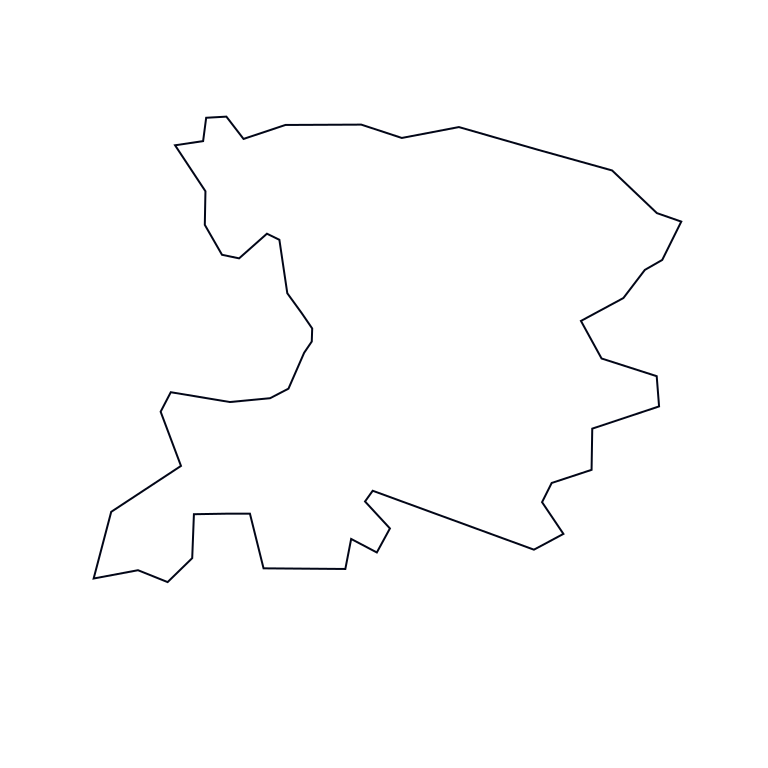 Andijan, Andijon, Uzbekistan, rotated 17°
{"feature_id": "79887680B74226906580742", "entity_name": "Andijan", "entity_type": "district", "adm_level": 2, "iso_a3": "UZB", "parent_name": "Uzbekistan", "parent_adm1": "Andijon", "projection": "robinson", "projection_center": [72.393, 40.799], "detail": "fine", "context": "isolated", "style": "outline", "palette": "ink", "viewbox_px": 768, "rotation_deg": 17, "n_neighbors": 0, "source": "geoboundaries", "source_scale": "gbopen_adm2", "svg_char_len": 873}
<svg xmlns="http://www.w3.org/2000/svg" viewBox="0 0 768 768"><g transform="rotate(17 384 384)"><path d="M620.8,141.8L595.0,140.8L539.7,113.1L463.1,115.0L380.5,116.4L329.1,143.5L286.4,142.6L214.0,165.1L178.0,190.7L155.1,174.4L136.1,181.4L140.0,204.6L114.4,216.8L156.9,251.9L166.1,284.2L191.3,307.8L208.7,306.2L228.1,274.5L241.8,276.7L265.0,325.5L284.6,340.3L299.1,351.9L302.5,364.5L298.5,377.5L294.0,416.4L279.2,430.9L241.9,446.3L182.5,454.2L178.5,475.8L213.8,521.7L160.5,586.0L163.2,654.9L203.2,634.0L235.0,636.7L251.5,606.6L240.3,564.1L271.8,553.9L293.7,547.2L322.7,595.5L401.1,572.2L397.9,541.8L426.4,547.2L431.9,520.4L400.2,501.9L404.4,489.4L575.8,498.6L599.4,474.9L569.7,450.8L573.3,429.6L607.6,405.4L596.2,365.8L653.6,325.0L642.5,296.8L584.6,296.0L553.9,266.1L587.8,231.8L600.1,198.6L613.8,184.0L620.8,141.8Z" fill="none" stroke="#020617" stroke-width="2"/></g></svg>